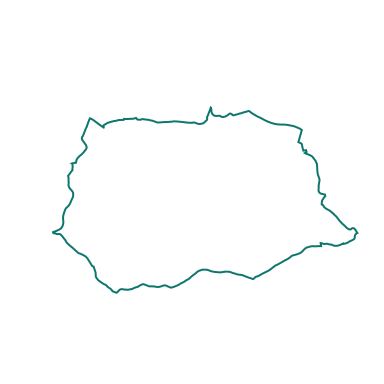 Busbanzá, Boyacá, Colombia (Natural Earth projection), rotated 252°
{"feature_id": "7082276B89812106574941", "entity_name": "Busbanzá", "entity_type": "district", "adm_level": 2, "iso_a3": "COL", "parent_name": "Colombia", "parent_adm1": "Boyacá", "projection": "natural_earth1", "projection_center": [-72.875, 5.843], "detail": "fine", "context": "isolated", "style": "outline", "palette": "teal", "viewbox_px": 384, "rotation_deg": 252, "n_neighbors": 0, "source": "geoboundaries", "source_scale": "gbopen_adm2", "svg_char_len": 6000}
<svg xmlns="http://www.w3.org/2000/svg" viewBox="0 0 384 384"><g transform="rotate(252 192 192)"><path d="M256.2,86.8L256.0,87.0L252.5,86.2L251.5,85.7L250.8,85.3L250.0,85.2L249.6,84.9L248.4,83.0L246.8,80.9L245.6,79.1L245.2,79.1L243.7,79.0L239.9,77.8L239.1,77.7L236.6,76.6L236.1,76.6L234.9,76.6L233.8,76.7L232.2,77.3L230.4,78.1L229.2,78.5L227.9,78.7L226.6,78.3L224.8,77.7L223.4,76.7L221.9,75.2L219.1,72.8L218.0,71.6L217.1,70.6L215.4,66.9L214.3,65.9L212.3,64.3L210.8,63.2L209.2,62.2L207.6,61.5L206.2,61.0L204.9,60.8L203.2,60.4L202.0,59.9L201.0,59.4L199.3,58.0L197.9,56.2L197.2,53.8L196.9,50.7L196.8,47.5L196.4,47.4L195.8,47.4L195.6,47.5L194.9,49.1L193.9,50.4L193.5,51.1L193.0,53.0L192.7,53.5L190.4,54.8L185.1,56.7L182.3,57.3L180.4,58.4L179.4,58.9L175.6,61.3L169.0,65.1L167.5,67.1L165.5,69.2L163.7,70.8L161.4,72.0L152.5,74.2L151.9,74.8L151.4,75.4L145.4,75.4L144.1,75.2L142.2,74.6L140.9,74.4L139.8,74.6L137.0,75.6L136.4,76.1L133.9,77.9L131.4,79.9L130.6,80.9L130.3,81.3L129.6,81.8L128.7,82.0L126.8,83.2L125.9,84.0L124.7,84.8L123.0,85.6L122.2,85.7L119.6,88.9L119.5,89.2L120.8,92.0L121.4,93.1L121.5,93.9L121.3,95.4L120.7,96.4L119.5,99.1L118.8,101.0L118.6,102.5L118.3,104.8L118.5,106.9L118.7,108.3L118.6,110.6L118.6,111.3L119.0,112.6L119.5,115.4L119.5,116.4L119.5,116.7L119.2,117.5L118.0,119.1L116.2,121.3L115.4,122.4L115.1,123.1L114.8,124.5L114.5,125.1L113.9,126.9L113.1,128.1L112.4,129.7L112.0,130.9L111.8,132.4L111.8,133.9L111.9,135.8L111.5,137.7L110.3,139.2L109.3,140.2L108.5,141.3L107.6,142.3L107.4,143.2L107.4,145.6L107.6,148.4L107.8,150.3L108.5,153.0L108.9,156.1L109.2,157.4L109.7,158.7L110.3,162.1L110.7,163.1L111.6,164.9L112.8,168.1L113.6,170.5L114.1,171.7L114.5,172.4L114.7,173.4L114.9,175.1L114.9,177.9L114.3,179.9L113.8,181.4L113.3,182.5L110.5,186.1L109.0,188.8L107.4,192.5L106.7,194.4L106.1,198.3L105.8,199.5L105.3,201.0L105.1,201.6L104.6,202.8L103.9,203.9L102.4,205.7L101.2,207.5L100.7,208.4L99.7,209.5L99.3,210.2L99.0,210.9L98.0,213.1L97.2,214.4L96.9,214.7L95.8,216.1L93.7,218.6L91.3,221.9L90.4,223.0L90.4,223.7L90.6,224.2L91.3,225.6L91.6,226.6L91.6,227.5L91.6,228.5L91.5,229.1L92.0,231.0L92.6,234.0L93.1,237.5L93.3,239.2L93.5,240.1L94.0,242.2L94.9,244.7L95.1,245.2L95.9,247.6L96.1,247.9L96.3,248.6L96.6,251.3L98.4,260.0L98.4,260.6L98.8,262.6L99.5,264.9L99.9,265.8L100.3,266.8L100.5,267.9L100.5,268.6L100.4,270.3L100.3,273.1L100.4,274.4L100.4,275.3L100.6,276.1L100.9,277.3L101.7,279.2L102.3,280.0L103.3,282.2L103.7,283.5L103.7,284.2L103.6,287.8L103.3,289.6L102.1,292.9L101.4,295.7L100.7,297.8L100.6,298.1L100.9,298.2L102.7,298.4L103.7,298.6L103.6,298.9L103.3,299.3L101.7,301.6L101.5,302.2L101.3,303.7L101.1,304.4L100.6,305.2L100.0,306.1L99.6,306.7L99.2,307.5L98.8,308.5L98.0,309.4L97.2,310.2L96.3,312.3L95.9,314.3L95.8,315.9L96.2,319.3L96.3,320.0L95.8,320.0L95.6,322.3L95.7,323.6L95.8,324.9L96.2,326.0L96.4,327.0L96.4,327.5L96.6,329.0L96.9,330.7L97.3,331.9L98.0,332.5L98.4,332.7L99.0,332.9L99.7,333.1L100.6,333.8L100.9,334.1L101.2,334.5L101.7,335.3L101.9,336.1L101.9,336.6L103.0,336.3L103.7,336.2L104.7,335.9L105.4,335.8L106.6,335.3L107.5,334.6L108.0,333.7L108.0,332.7L107.5,331.9L107.4,331.2L107.7,330.4L108.2,329.5L110.2,328.0L112.5,326.9L114.8,325.5L118.4,323.7L124.0,321.7L126.8,320.1L127.5,320.0L128.2,319.3L128.7,319.1L129.3,318.8L131.5,317.4L133.5,315.5L134.7,314.4L136.5,313.2L139.4,312.4L139.9,311.6L140.2,311.5L141.9,312.2L143.8,313.2L144.9,314.5L146.0,315.9L146.9,317.5L148.5,317.6L150.8,313.8L152.1,313.0L152.9,312.8L154.0,312.7L159.5,314.7L163.9,317.0L165.4,317.2L169.8,317.1L172.1,317.5L173.2,317.7L180.0,319.5L183.5,319.1L188.4,317.4L189.3,316.8L191.2,314.9L192.9,312.7L194.2,311.4L194.7,313.4L196.6,313.3L196.9,310.7L198.3,310.7L204.1,311.2L206.6,308.6L217.0,315.6L219.0,314.1L222.8,309.7L224.5,306.8L226.3,303.5L227.4,301.1L228.4,298.1L229.7,294.7L231.1,291.9L233.4,288.5L235.4,286.0L237.7,283.5L241.0,280.4L241.5,279.9L242.8,278.4L244.2,277.0L245.5,275.9L248.2,273.5L251.1,271.5L251.5,271.1L251.8,264.5L251.6,263.8L251.7,262.7L251.9,262.2L251.9,257.7L252.0,257.0L252.1,256.7L252.1,255.1L252.2,254.9L252.9,254.3L253.7,253.9L254.1,253.6L254.6,252.9L254.9,252.4L254.7,251.5L254.5,250.8L253.9,249.2L253.5,247.1L253.5,246.5L253.6,245.8L253.7,244.9L254.0,244.0L254.3,243.5L255.0,242.6L255.6,242.3L256.3,241.2L256.5,239.6L256.9,238.5L257.3,237.6L257.6,236.8L258.3,236.4L259.7,235.5L260.2,235.4L261.1,235.3L262.0,235.3L262.9,235.4L264.1,235.8L265.2,236.0L266.2,236.1L266.5,235.9L265.2,235.0L263.8,233.9L261.5,232.0L260.3,231.1L259.7,230.6L259.0,229.8L258.1,229.3L257.8,229.2L256.5,228.9L256.0,228.5L255.6,228.0L255.5,227.6L255.3,227.1L254.4,225.4L254.1,224.5L253.9,223.8L254.0,221.9L254.4,219.9L255.2,218.4L256.4,217.0L257.7,215.1L257.7,213.7L258.2,212.1L258.6,211.2L259.6,208.6L260.3,207.2L260.9,205.9L261.6,204.4L262.2,203.0L263.3,200.5L264.3,197.9L264.8,196.7L265.0,195.2L265.9,191.3L266.5,189.0L266.9,187.7L267.4,186.0L267.7,184.6L268.0,183.4L268.7,180.7L271.8,176.7L272.4,175.8L272.9,174.7L273.8,173.5L275.0,170.9L276.1,168.5L276.6,167.5L276.6,167.1L276.7,166.6L276.7,165.0L276.9,164.6L277.5,163.0L278.0,162.3L279.0,161.9L279.8,161.6L279.7,160.3L279.8,159.2L280.2,157.4L281.6,152.5L282.5,149.9L281.7,149.3L283.0,144.9L283.1,144.4L283.2,141.8L283.3,140.8L283.5,140.1L283.6,139.7L283.6,138.4L283.7,137.7L283.8,136.4L283.8,133.5L283.5,131.7L283.1,130.1L283.0,129.2L282.6,128.4L281.7,128.2L281.2,128.2L280.7,128.0L280.6,127.9L282.9,126.1L285.8,124.0L291.0,120.3L292.1,119.4L292.9,118.5L293.6,117.6L291.2,115.6L289.6,114.3L288.5,113.5L286.4,111.9L286.1,111.5L284.7,110.2L283.4,109.2L279.3,105.8L278.6,105.1L278.3,104.5L277.8,104.2L277.2,103.8L276.0,103.6L275.4,103.7L274.9,104.0L274.4,104.1L273.7,104.3L272.1,104.8L271.3,105.0L270.4,105.4L269.1,105.7L267.9,105.7L267.2,105.7L266.6,105.4L265.9,104.9L265.1,104.0L264.4,102.9L263.8,101.9L263.4,101.5L262.6,100.0L262.0,98.9L261.7,98.2L261.0,96.3L259.8,94.0L258.7,92.6L257.9,91.9L256.1,90.9L255.7,90.5L255.9,90.3L256.0,89.5L256.0,89.0L256.0,88.4L256.0,88.0L256.2,87.1L256.2,86.8Z" fill="none" stroke="#0f766e" stroke-width="2"/></g></svg>